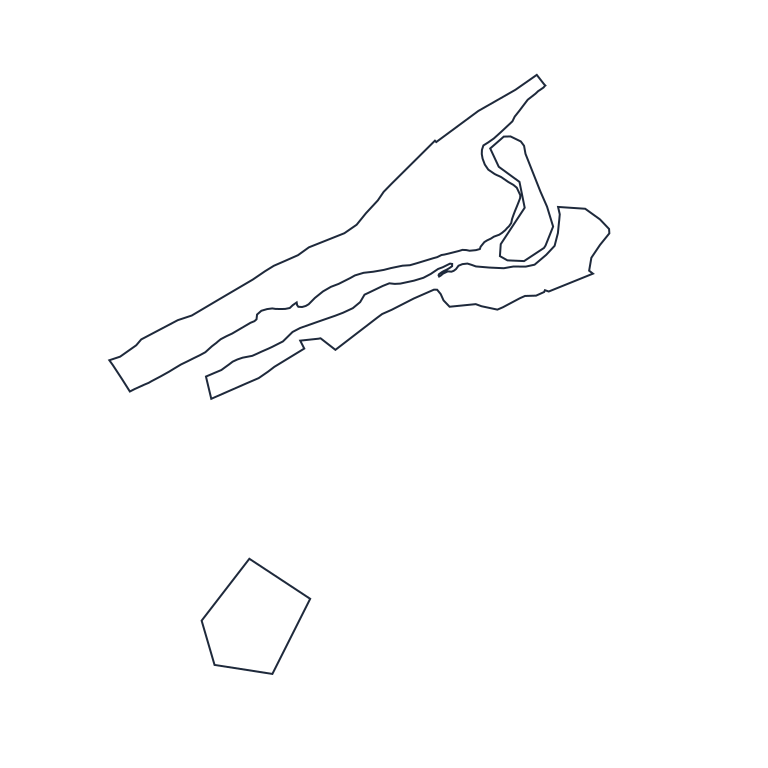 the district of Daraw, Aswan, Egypt, rotated 65°
{"feature_id": "37247803B19070372883194", "entity_name": "Daraw", "entity_type": "district", "adm_level": 2, "iso_a3": "EGY", "parent_name": "Egypt", "parent_adm1": "Aswan", "projection": "robinson", "projection_center": [32.909, 24.391], "detail": "fine", "context": "isolated", "style": "outline", "palette": "slate", "viewbox_px": 768, "rotation_deg": 65, "n_neighbors": 0, "source": "geoboundaries", "source_scale": "gbopen_adm2", "svg_char_len": 3612}
<svg xmlns="http://www.w3.org/2000/svg" viewBox="0 0 768 768"><g transform="rotate(65 384 384)"><path d="M283.4,617.5L283.2,611.9L283.3,601.8L283.3,601.5L283.5,596.8L283.2,593.5L282.7,583.2L282.0,573.6L281.3,567.4L280.5,559.7L280.4,552.5L280.2,545.9L280.1,539.7L280.1,539.3L280.1,539.0L279.7,532.5L277.1,524.1L276.3,520.5L275.9,518.6L275.3,516.6L274.4,513.0L274.1,506.4L274.1,500.3L272.1,479.2L272.3,474.9L271.5,472.2L267.4,469.7L265.8,464.2L266.7,458.3L268.3,453.3L270.1,450.6L272.6,445.5L274.2,441.8L275.3,437.3L274.0,433.4L273.2,428.7L275.8,429.4L277.8,429.0L279.6,425.7L280.2,422.0L279.9,418.6L276.8,410.3L274.3,400.1L273.5,391.0L274.1,382.8L273.7,369.7L273.3,364.5L274.6,355.5L277.7,346.3L280.5,336.0L281.9,328.6L284.6,317.2L287.3,310.3L288.4,303.3L290.8,286.3L291.5,282.2L291.4,277.4L292.2,274.6L293.1,270.3L295.1,259.8L295.6,256.2L297.4,252.8L299.4,250.1L301.5,244.2L302.2,240.1L300.4,238.4L298.5,234.5L297.8,233.1L297.4,229.7L297.4,225.8L296.9,222.1L297.4,216.5L296.9,213.1L295.8,209.0L294.6,206.3L293.9,204.1L291.9,200.7L288.7,198.3L285.7,195.4L282.5,192.1L279.1,188.4L275.9,185.0L273.1,182.1L270.6,180.7L267.1,180.7L266.9,180.7L262.3,180.7L262.2,180.7L258.2,182.6L253.4,186.0L245.9,190.4L244.1,191.9L242.3,193.5L240.4,195.0L233.8,198.9L227.7,199.9L221.4,199.4L216.9,198.2L213.2,196.3L209.8,193.1L209.1,187.5L207.9,180.7L205.2,171.9L202.2,162.7L200.2,156.6L196.8,152.4L196.4,151.5L193.4,145.5L191.1,141.2L187.1,133.6L184.9,124.0L183.6,120.1L183.6,119.7L183.6,119.4L182.7,114.1L181.6,111.8L181.6,111.7L179.3,112.4L168.4,114.9L172.9,140.5L176.4,183.1L186.8,234.4L185.0,235.0L205.8,292.8L209.7,303.1L215.0,312.0L221.6,328.2L228.1,341.5L230.6,356.2L228.4,394.3L230.9,407.5L230.6,422.2L230.3,433.9L231.5,444.1L233.9,458.8L237.6,497.8L240.7,529.3L239.0,543.9L241.0,585.2L244.2,592.2L247.7,611.6L246.4,622.9L252.1,621.8L263.8,620.1L268.6,619.4L275.6,618.5L283.4,617.5ZM324.4,546.8L325.3,508.6L325.7,495.1L323.8,483.8L322.1,476.1L318.2,441.3L309.3,441.6L315.3,424.1L315.7,422.3L316.1,422.0L332.5,413.6L321.0,362.0L319.8,356.1L320.0,345.8L319.1,320.9L319.6,298.9L321.0,296.0L326.5,294.6L333.4,294.7L341.7,291.9L350.4,267.1L354.7,262.8L364.5,249.8L364.7,243.9L363.7,224.8L363.7,223.4L363.8,219.0L368.2,208.8L368.3,200.0L367.0,198.5L369.8,195.6L372.3,148.0L368.0,150.2L357.2,142.7L349.2,129.4L342.7,116.1L338.6,114.5L326.1,118.7L310.2,127.6L297.1,151.4L304.5,153.0L310.0,156.2L311.1,156.9L320.7,162.6L330.9,171.0L335.5,182.4L339.5,197.1L337.5,206.0L333.1,215.2L332.2,217.1L329.7,226.5L323.0,239.3L316.3,251.0L313.0,254.3L310.1,257.5L308.5,262.3L308.3,266.5L310.3,270.2L310.9,273.1L310.7,275.4L308.9,278.6L308.9,281.5L308.9,283.8L309.7,286.7L309.9,288.6L308.5,288.6L307.7,287.7L307.1,284.4L306.9,282.3L306.9,279.0L306.6,275.8L306.0,272.5L304.0,271.5L302.8,273.3L303.0,281.5L302.6,286.3L304.0,295.1L304.4,303.4L303.0,313.2L299.9,326.8L297.8,332.0L295.0,336.6L294.6,343.7L294.8,359.9L294.8,360.9L294.8,363.9L299.7,371.0L302.1,380.2L302.1,391.0L301.5,399.4L299.8,415.9L297.8,436.2L298.0,440.8L298.2,444.9L302.7,457.6L303.1,469.7L303.1,473.6L302.9,481.4L302.9,486.4L302.8,491.5L300.4,501.0L299.8,506.5L299.8,511.7L300.8,516.3L301.6,520.5L302.6,525.5L302.3,533.1L302.2,536.7L302.0,542.2L306.3,543.1L324.4,546.8ZM599.6,607.7L547.5,541.7L485.5,579.9L521.4,649.3L567.0,656.3L599.6,607.7ZM215.4,188.2L218.9,188.2L235.6,188.2L258.1,175.8L283.7,182.0L306.6,219.1L317.1,224.9L324.1,219.9L331.8,205.1L328.3,181.5L326.8,179.1L312.8,164.2L292.2,161.3L275.5,160.9L235.2,158.5L227.3,156.4L222.0,157.5L213.1,164.7L210.4,170.9L211.5,174.6L214.9,186.4L215.2,187.5L215.4,188.2Z" fill="none" stroke="#1e293b" stroke-width="2"/></g></svg>